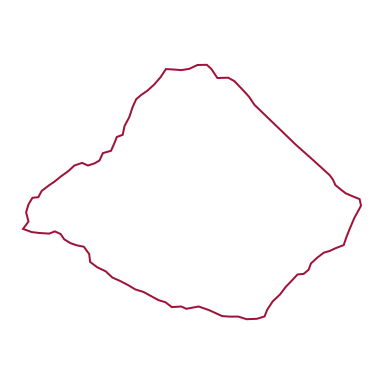 Sagres, São Paulo, Brazil
{"feature_id": "56859067B23091642538421", "entity_name": "Sagres", "entity_type": "district", "adm_level": 2, "iso_a3": "BRA", "parent_name": "Brazil", "parent_adm1": "São Paulo", "projection": "mercator", "projection_center": [-50.998, -21.863], "detail": "fine", "context": "isolated", "style": "outline", "palette": "rose", "viewbox_px": 384, "rotation_deg": 0, "n_neighbors": 0, "source": "geoboundaries", "source_scale": "gbopen_adm2", "svg_char_len": 1328}
<svg xmlns="http://www.w3.org/2000/svg" viewBox="0 0 384 384"><path d="M165.9,69.1L160.7,77.0L154.4,84.3L147.4,90.7L141.4,94.8L136.2,99.2L132.7,106.9L129.2,117.3L124.5,126.1L122.7,134.8L116.8,137.0L114.5,142.9L111.0,150.8L102.9,153.1L99.5,160.5L94.7,163.3L88.0,165.5L82.1,162.9L74.4,165.5L68.2,171.2L61.2,176.2L54.4,181.7L49.2,185.2L41.7,190.9L38.3,197.2L32.4,197.8L28.5,204.4L26.1,212.4L28.5,221.6L23.0,228.9L31.8,232.1L39.4,233.0L49.2,233.6L54.8,231.4L60.6,234.0L64.2,239.3L70.4,243.1L76.6,245.3L83.8,246.7L89.2,254.0L90.1,261.9L97.1,267.2L105.7,271.3L112.3,277.5L120.0,280.9L128.6,285.4L135.3,289.4L143.6,292.0L149.8,295.4L158.6,300.2L165.4,302.2L171.8,307.1L181.2,306.5L186.3,308.8L198.6,306.5L209.0,310.1L222.1,316.1L229.5,316.6L238.3,316.6L246.6,319.2L256.9,318.8L264.6,316.4L267.2,309.7L272.7,301.4L280.0,294.5L286.0,286.6L292.2,280.2L297.5,274.5L303.6,273.9L308.6,269.8L311.0,263.4L317.2,257.7L323.9,252.6L329.6,251.0L335.6,248.2L343.7,245.1L346.3,237.4L349.3,229.8L354.4,217.8L358.1,211.1L361.0,205.7L359.6,199.1L352.4,196.2L345.7,193.3L340.9,189.6L335.4,185.1L333.0,179.7L329.6,175.1L312.7,159.7L296.0,144.9L254.5,104.9L249.2,97.0L245.3,92.6L240.1,87.1L234.5,81.2L228.2,77.7L217.4,78.0L211.3,68.9L206.8,64.8L197.4,65.0L189.1,68.9L181.2,70.1L173.5,69.5L165.9,69.1Z" fill="none" stroke="#9f1239" stroke-width="2"/></svg>